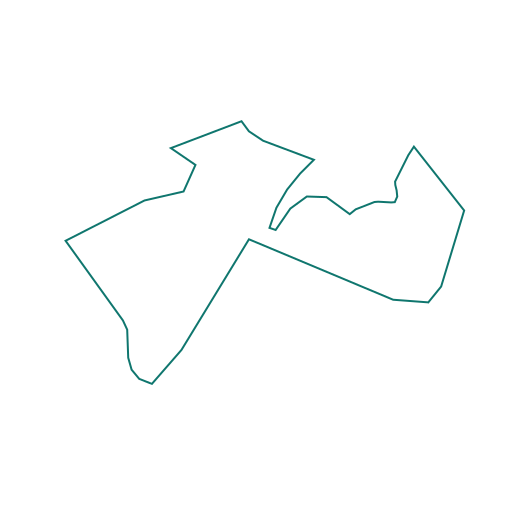 the border of Cagayan de Oro, rotated 19°
{"feature_id": "PHL-5531", "entity_name": "Cagayan de Oro", "entity_type": "Highly Urbanized City", "adm_level": 1, "iso_a3": "PHL", "parent_name": "Philippines", "parent_adm1": "", "projection": "orthographic", "projection_center": [124.653, 8.399], "detail": "fine", "context": "isolated", "style": "outline", "palette": "teal", "viewbox_px": 512, "rotation_deg": 19, "n_neighbors": 0, "source": "natural_earth", "source_scale": "10m", "svg_char_len": 680}
<svg xmlns="http://www.w3.org/2000/svg" viewBox="0 0 512 512"><g transform="rotate(19 256 256)"><path d="M198.4,133.3L208.7,140.4L225.2,144.7L279.4,146.2L270.9,163.6L263.8,183.0L259.6,203.7L259.6,225.0L266.1,225.0L273.0,200.0L284.7,183.2L303.5,177.4L331.0,185.9L335.1,179.4L350.4,166.4L353.8,164.9L366.5,161.3L369.7,159.9L370.2,153.8L367.6,148.2L364.6,143.5L363.3,140.4L367.2,111.0L369.7,101.2L438.0,145.2L441.0,224.6L434.0,243.8L433.8,243.8L399.9,252.7L243.9,242.5L216.1,369.1L199.2,410.8L185.6,410.2L175.4,404.0L168.3,393.8L158.2,367.6L151.2,360.3L71.0,303.6L132.5,239.8L166.5,218.6L169.1,189.6L140.4,181.7L198.4,133.3Z" fill="none" stroke="#0f766e" stroke-width="2"/></g></svg>